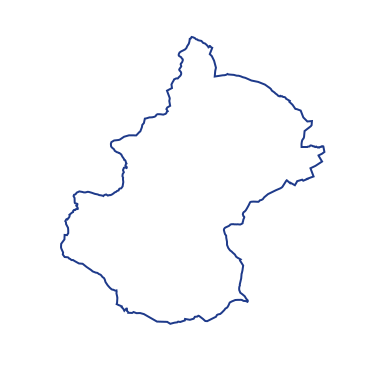 the district of Varciorog, Bihor, Romania, rotated 119°
{"feature_id": "2599482B6130450943921", "entity_name": "Varciorog", "entity_type": "district", "adm_level": 2, "iso_a3": "ROU", "parent_name": "Romania", "parent_adm1": "Bihor", "projection": "mercator", "projection_center": [22.291, 46.961], "detail": "fine", "context": "isolated", "style": "outline", "palette": "blue", "viewbox_px": 384, "rotation_deg": 119, "n_neighbors": 0, "source": "geoboundaries", "source_scale": "gbopen_adm2", "svg_char_len": 5955}
<svg xmlns="http://www.w3.org/2000/svg" viewBox="0 0 384 384"><g transform="rotate(119 192 192)"><path d="M309.3,274.7L310.6,271.9L309.3,268.9L309.4,268.0L309.8,267.2L309.6,266.1L309.9,264.8L309.8,264.0L309.2,263.2L309.3,260.9L309.3,256.2L307.8,252.9L308.7,247.6L309.2,242.1L309.6,240.5L309.2,237.2L308.6,235.5L308.9,233.6L308.7,232.2L308.8,231.3L309.8,228.9L309.9,227.4L310.3,226.8L310.7,226.0L312.3,224.4L312.8,223.8L314.5,220.5L315.6,217.4L316.1,215.1L316.0,214.4L315.6,213.3L315.5,211.5L315.1,210.5L314.8,210.3L315.7,209.6L317.2,209.0L320.4,206.2L320.6,206.2L321.1,205.8L325.1,203.9L326.6,203.5L326.5,203.0L326.5,201.6L326.2,199.4L326.1,197.9L326.8,197.8L327.4,195.6L328.7,193.6L325.8,192.9L325.6,192.4L327.0,191.5L327.6,191.0L328.2,188.9L328.4,188.9L326.8,185.7L325.3,184.9L324.9,181.9L323.0,178.6L322.1,174.9L322.3,159.8L317.6,150.7L317.8,147.1L314.9,144.1L313.1,141.7L312.1,141.3L311.4,139.3L307.8,136.0L306.4,136.5L304.8,131.9L302.0,129.1L299.8,129.0L298.3,126.9L297.2,126.5L297.0,125.6L297.7,120.9L298.4,117.9L297.6,116.1L289.4,110.5L287.7,110.6L286.5,109.9L285.0,108.2L283.2,107.5L279.6,106.5L277.8,106.3L276.5,105.5L275.8,105.2L273.7,105.1L270.4,105.4L268.5,104.2L265.5,101.8L264.6,100.4L262.5,96.8L262.2,95.5L262.3,94.3L261.2,91.7L261.2,90.3L260.7,90.2L259.8,90.7L259.1,92.8L257.6,95.4L257.0,98.5L256.7,100.9L254.8,103.2L253.3,104.1L252.1,104.6L250.3,104.9L249.7,105.4L243.7,107.1L239.5,109.0L238.7,109.1L236.3,109.8L231.5,111.6L228.6,116.9L227.9,117.0L227.4,116.8L227.4,120.2L227.2,122.0L225.9,124.2L225.2,127.4L224.9,128.2L224.6,130.5L223.4,133.1L221.3,135.7L218.5,137.3L215.4,139.9L213.6,141.0L212.9,142.6L212.0,143.6L209.8,145.7L208.9,146.0L207.6,145.9L206.8,145.5L203.8,143.3L202.6,142.8L201.9,142.7L201.1,141.9L200.0,140.1L199.9,139.6L198.7,137.3L198.2,136.6L197.1,134.1L196.1,133.3L194.9,132.6L194.4,132.7L194.0,133.0L192.7,133.2L191.3,133.7L189.4,133.9L188.6,134.1L188.3,134.5L188.2,135.3L186.8,136.8L185.4,137.1L184.5,137.0L183.6,136.5L182.0,136.1L179.9,136.0L176.2,136.0L172.8,136.2L171.9,135.6L170.5,133.4L168.4,129.2L167.6,128.8L166.4,128.6L165.4,127.5L164.0,126.6L161.7,126.3L157.0,124.5L149.8,119.5L145.8,116.4L144.3,115.6L143.5,115.4L136.4,115.0L135.8,114.8L136.7,110.5L136.2,110.5L136.2,105.3L132.6,105.2L131.6,105.3L127.8,101.6L128.2,100.2L124.6,97.3L124.5,97.6L119.5,93.2L113.8,99.9L109.3,96.7L102.3,93.0L98.9,98.9L98.7,99.1L95.6,96.9L92.8,95.6L88.5,99.2L88.5,99.6L88.8,99.7L88.9,100.3L89.2,100.6L89.3,100.9L89.5,101.0L89.8,100.8L90.2,101.3L90.7,102.0L91.3,102.1L91.7,102.9L91.6,103.2L91.7,103.3L92.0,103.3L92.1,103.5L92.1,104.9L92.4,105.2L92.5,105.4L92.3,105.6L92.6,105.9L92.8,105.9L92.9,106.2L93.0,106.4L92.9,107.5L93.2,107.8L93.2,108.3L93.4,108.6L93.3,109.0L93.4,109.9L93.9,111.0L95.2,111.3L96.2,112.7L96.7,112.9L99.5,118.0L96.9,119.5L94.8,120.3L93.2,120.7L91.7,120.6L91.2,120.4L89.5,120.7L84.1,123.1L76.9,120.0L75.6,119.8L71.8,121.5L74.4,125.3L72.8,130.8L68.1,136.4L68.7,140.4L69.2,141.9L67.0,146.3L65.9,150.6L64.9,150.6L64.8,155.0L64.5,155.3L64.1,156.3L64.2,157.3L64.7,158.4L64.5,159.4L65.1,160.4L64.9,160.9L65.0,161.3L65.6,161.3L66.0,162.1L65.9,162.5L66.1,163.2L65.9,163.6L65.8,164.1L65.6,164.7L65.3,167.1L65.0,167.8L64.6,171.4L63.8,172.6L63.4,174.0L62.7,180.3L63.6,187.4L65.7,194.1L66.3,200.7L67.0,203.4L67.2,205.4L67.7,207.6L68.6,209.3L69.3,212.2L71.6,217.3L71.5,218.1L73.1,219.1L74.0,220.1L75.1,221.8L80.0,228.1L74.8,230.4L71.7,231.3L66.5,236.3L63.5,240.6L62.8,243.3L56.1,244.2L56.1,245.5L55.6,246.9L55.7,247.3L57.2,247.5L57.5,247.7L57.0,248.4L56.2,250.7L55.8,252.6L56.2,254.5L55.3,257.0L56.3,260.3L56.0,261.2L56.4,262.2L56.4,262.8L56.0,264.2L56.2,266.1L56.6,267.5L58.6,267.6L59.1,268.2L61.7,267.2L63.8,266.7L66.8,266.9L68.9,266.7L70.7,267.2L72.5,268.4L74.2,269.6L76.0,270.5L77.8,270.4L78.6,270.1L79.1,269.7L79.3,269.0L79.4,266.7L80.1,265.7L80.4,264.5L81.0,264.0L81.8,263.8L83.1,263.6L84.2,263.7L85.1,264.0L86.0,263.7L86.6,262.9L87.4,262.3L90.6,262.6L91.2,262.5L91.7,261.9L92.3,260.1L93.2,259.1L94.3,258.6L95.6,258.5L96.9,258.8L98.3,259.3L99.0,259.3L99.6,259.5L100.3,260.9L102.3,262.3L103.2,262.1L104.9,262.2L107.9,262.1L110.8,259.9L115.5,263.0L120.4,257.3L121.2,256.7L123.4,256.0L127.2,252.9L130.1,254.6L131.9,254.6L133.1,252.4L134.0,252.9L135.7,252.7L136.7,253.2L138.3,254.7L139.2,257.1L140.6,259.8L141.6,260.5L143.1,260.6L144.0,261.0L144.6,261.5L146.1,263.2L147.4,265.4L149.5,267.4L150.7,268.8L155.0,267.5L157.4,268.0L159.7,267.2L164.1,266.6L165.1,267.1L169.5,268.2L173.0,274.6L176.6,278.2L181.3,280.6L182.3,281.7L184.7,285.1L187.5,286.7L189.2,286.3L191.2,285.0L191.6,284.4L191.9,283.7L192.5,280.8L193.4,279.6L193.6,277.0L193.3,276.2L193.4,275.1L193.1,274.5L193.5,271.9L194.0,271.4L195.2,269.4L195.5,268.6L196.3,267.2L196.7,267.0L196.6,266.0L197.2,265.0L198.1,264.2L198.9,263.1L199.5,263.4L201.3,263.0L201.7,261.4L202.4,260.8L202.8,260.9L202.8,261.8L203.5,263.0L203.8,263.3L206.2,263.0L206.6,262.7L207.7,261.2L210.0,261.3L211.9,260.5L213.0,259.1L214.0,258.8L216.6,256.9L220.8,255.4L223.1,255.7L224.2,257.0L224.4,257.1L226.3,257.0L227.3,258.0L228.7,258.5L230.1,259.6L231.0,259.8L233.3,261.0L234.2,261.8L234.7,262.4L234.8,262.9L235.9,263.8L235.8,265.9L236.7,266.8L237.8,267.5L238.5,267.6L238.5,268.1L239.0,269.9L239.7,271.7L239.8,273.2L240.7,276.0L241.3,279.5L242.0,282.4L242.4,283.3L244.0,285.0L244.8,286.5L245.1,287.9L246.1,290.8L248.4,292.5L250.5,292.8L251.6,293.8L251.8,293.8L253.0,293.6L254.2,291.8L257.9,289.6L258.4,289.1L258.5,288.3L258.1,287.4L258.0,286.5L258.4,286.2L259.2,286.0L260.1,286.5L260.5,285.9L260.5,285.7L261.0,284.6L261.9,283.8L262.2,283.7L262.5,284.0L262.5,284.4L263.3,285.2L264.2,285.3L264.4,285.5L264.5,286.0L264.8,286.1L265.0,286.5L265.5,286.6L265.9,286.8L267.2,286.3L268.1,286.9L271.4,288.2L272.0,287.5L273.5,287.2L276.2,287.6L276.0,288.1L276.9,288.7L278.9,288.7L279.4,287.8L280.1,287.2L281.1,286.6L283.4,283.1L285.3,281.8L288.0,280.3L290.3,280.4L291.3,282.6L295.3,280.6L300.7,281.3L303.8,279.8L304.8,278.9L307.4,275.4L309.3,274.7Z" fill="none" stroke="#1e3a8a" stroke-width="2"/></g></svg>